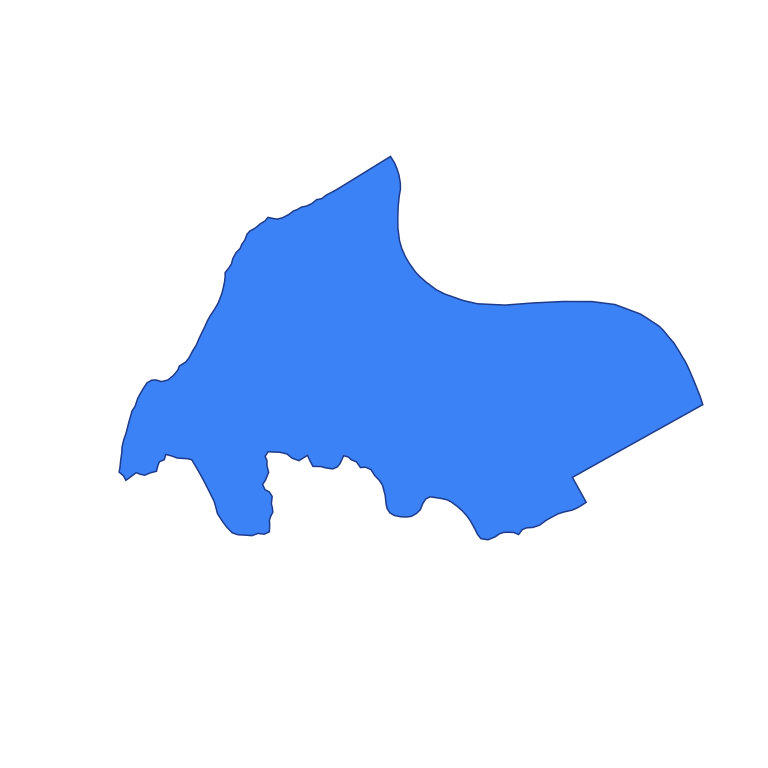 the district of Salvador, Bahia, Brazil, rotated 151°
{"feature_id": "56859067B88878728392294", "entity_name": "Salvador", "entity_type": "district", "adm_level": 2, "iso_a3": "BRA", "parent_name": "Brazil", "parent_adm1": "Bahia", "projection": "albers", "projection_center": [-38.466, -12.875], "detail": "fine", "context": "isolated", "style": "filled", "palette": "blue", "viewbox_px": 768, "rotation_deg": 151, "n_neighbors": 0, "source": "geoboundaries", "source_scale": "gbopen_adm2", "svg_char_len": 2943}
<svg xmlns="http://www.w3.org/2000/svg" viewBox="0 0 768 768"><g transform="rotate(151 384 384)"><path d="M339.2,187.1L333.6,189.6L329.1,189.1L323.4,186.4L316.4,185.1L307.7,186.2L300.3,186.2L294.4,186.0L289.0,184.9L280.6,182.5L276.3,182.0L271.1,182.0L264.5,182.5L264.5,211.0L219.0,211.2L115.2,211.4L113.7,218.8L112.6,227.1L111.4,236.4L110.9,241.3L110.0,250.2L109.6,257.8L109.9,262.6L110.0,269.0L110.3,273.9L110.5,279.1L112.1,286.7L113.6,295.0L115.3,301.1L121.4,312.8L125.6,320.6L143.5,341.6L162.2,355.3L187.5,369.4L214.5,382.7L239.8,394.3L263.3,408.8L268.8,413.7L274.0,418.4L287.0,432.9L292.6,441.1L297.7,452.5L300.8,461.1L302.2,466.9L303.4,477.6L303.6,484.9L302.8,493.7L300.9,502.0L296.2,513.7L292.1,521.4L285.6,532.3L279.7,540.8L275.1,546.5L272.5,551.4L269.7,559.2L268.3,565.9L267.6,572.2L268.0,579.9L331.5,577.0L342.9,577.2L348.6,576.3L353.6,577.9L359.5,576.8L365.5,577.2L370.5,578.8L375.1,578.6L379.2,579.2L385.1,578.4L392.3,578.6L397.7,580.1L401.6,583.3L404.7,586.0L409.1,584.3L414.5,584.1L421.0,582.8L427.2,582.8L431.2,581.4L435.9,577.4L440.8,575.0L444.1,572.3L449.8,570.6L455.4,567.0L459.3,562.9L463.7,560.6L468.9,558.5L470.9,554.9L473.6,551.1L477.6,546.4L482.0,541.7L485.5,538.8L489.8,535.2L496.0,531.5L503.2,527.8L508.1,524.7L512.8,521.1L518.1,517.4L523.9,513.3L529.2,509.1L534.7,506.1L538.4,503.7L541.7,501.5L546.7,499.4L554.1,499.0L557.6,496.1L563.9,493.6L571.1,492.3L577.3,493.9L581.6,498.2L585.4,500.0L590.7,499.9L596.3,497.0L601.6,493.9L606.4,490.8L612.5,485.2L617.6,482.5L621.0,478.9L624.9,475.1L629.9,469.8L634.0,465.5L638.6,461.5L643.8,455.7L646.4,451.4L649.9,446.8L652.5,443.2L655.4,439.0L658.4,435.4L656.3,429.8L656.5,424.9L652.1,425.4L643.8,426.6L640.8,423.1L637.5,420.2L632.1,419.7L625.3,418.0L621.2,422.4L618.1,424.9L612.9,424.3L609.0,428.2L604.3,423.7L600.7,419.5L596.0,416.4L592.2,414.0L588.9,411.0L588.6,402.6L588.5,397.0L588.5,388.0L588.9,375.7L589.2,370.1L589.4,364.1L590.3,359.9L592.5,351.4L592.0,343.3L591.0,335.3L588.9,327.4L584.6,322.8L577.7,318.5L573.1,315.4L566.6,314.4L561.6,310.7L555.9,310.3L552.4,316.0L550.2,320.5L547.0,323.4L543.4,325.8L541.7,329.7L540.6,333.8L536.3,339.9L536.7,345.3L539.3,349.3L538.9,354.9L534.1,357.5L527.7,362.7L526.0,369.2L523.4,373.9L523.1,378.3L518.2,381.0L514.2,378.4L508.4,375.0L502.8,369.9L500.3,363.6L495.5,358.2L489.9,358.5L485.5,358.7L486.0,352.6L486.1,346.4L479.2,342.4L476.0,339.2L470.1,334.6L465.0,334.1L461.1,335.7L454.1,340.8L450.7,337.7L449.3,333.5L445.8,329.2L445.1,322.3L440.5,320.2L436.9,315.5L436.5,308.6L434.8,302.1L434.4,296.1L437.0,285.9L440.4,278.0L441.7,273.3L441.3,268.4L438.7,264.0L433.7,259.7L428.9,256.8L424.3,255.0L418.4,255.0L413.1,256.5L408.1,260.6L403.1,263.2L398.4,263.0L394.3,259.9L389.9,256.5L385.0,252.2L382.5,248.5L379.4,241.8L377.0,235.1L375.4,228.0L374.8,222.4L374.8,213.5L375.1,207.0L374.2,201.7L368.5,197.3L360.7,196.4L356.1,197.0L351.5,196.3L347.0,194.0L342.6,191.3L339.2,187.1Z" fill="#3b82f6" stroke="#1e3a8a" stroke-width="1.5"/></g></svg>